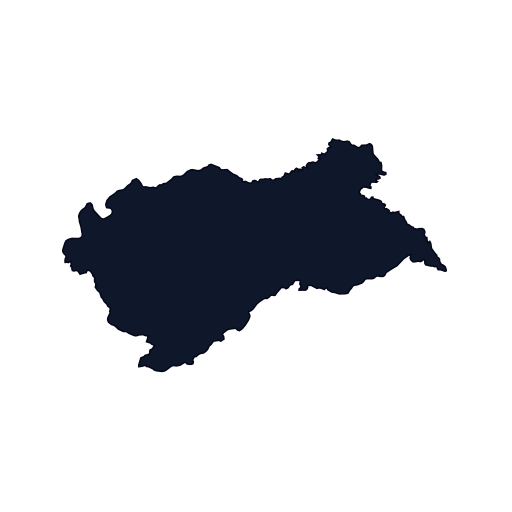 outline of São Gonçalo do Abaeté, Minas Gerais, Brazil, rotated 205°
{"feature_id": "56859067B31558780587995", "entity_name": "São Gonçalo do Abaeté", "entity_type": "district", "adm_level": 2, "iso_a3": "BRA", "parent_name": "Brazil", "parent_adm1": "Minas Gerais", "projection": "mercator", "projection_center": [-45.579, -18.177], "detail": "fine", "context": "isolated", "style": "filled", "palette": "ink", "viewbox_px": 512, "rotation_deg": 205, "n_neighbors": 0, "source": "geoboundaries", "source_scale": "gbopen_adm2", "svg_char_len": 6150}
<svg xmlns="http://www.w3.org/2000/svg" viewBox="0 0 512 512"><g transform="rotate(205 256 256)"><path d="M315.4,106.1L312.6,108.0L310.3,110.1L308.5,109.6L306.8,110.2L301.6,110.2L299.9,109.6L298.2,109.8L292.4,111.6L290.6,112.9L289.5,114.1L286.2,120.4L284.7,121.8L281.6,122.8L278.6,125.0L275.8,129.3L274.4,129.7L272.8,129.0L270.9,129.5L268.5,130.7L267.6,131.9L268.0,133.6L269.5,134.9L269.4,138.6L267.8,139.5L266.6,142.3L265.3,144.0L262.9,145.7L261.9,146.9L261.0,148.9L260.4,150.8L260.4,154.7L259.4,156.6L258.6,160.8L254.6,163.5L253.5,164.0L251.9,163.9L249.9,167.2L251.4,169.5L253.4,170.7L253.0,172.8L250.9,176.8L249.5,178.3L244.3,181.7L243.0,181.7L241.5,181.1L239.6,181.2L238.7,182.5L237.7,184.5L236.5,189.0L235.8,194.7L235.9,197.8L236.3,199.3L239.4,202.3L237.5,204.2L236.8,205.6L236.2,207.1L235.0,212.9L233.5,216.2L230.9,220.5L229.8,221.5L228.0,222.2L226.7,224.4L226.1,226.6L224.4,227.6L223.0,227.8L221.9,228.8L221.9,230.6L219.6,238.3L216.6,239.3L215.0,239.0L213.6,240.6L213.2,242.2L213.3,243.6L210.9,245.8L210.5,250.1L207.3,251.9L205.6,252.3L204.9,251.2L204.7,249.9L204.1,248.7L202.8,248.1L202.1,246.2L203.0,244.6L202.6,243.2L196.5,246.1L195.8,247.6L195.9,249.4L197.1,250.4L195.7,251.6L193.8,252.7L187.1,252.4L185.7,253.5L183.8,254.3L179.9,254.5L179.3,256.4L178.0,256.9L176.7,255.8L172.5,255.3L168.7,256.3L164.5,256.8L159.2,259.5L157.0,261.1L156.5,265.6L155.9,266.8L155.7,269.0L154.9,270.8L152.0,272.7L148.8,276.1L148.0,277.5L147.2,281.2L146.0,282.2L140.9,284.6L139.5,286.1L138.9,287.8L137.9,289.1L134.4,290.1L132.3,291.1L131.2,292.7L131.0,296.6L130.0,297.5L129.2,299.2L124.1,306.8L121.0,316.0L118.1,321.0L116.5,322.7L115.8,321.0L115.4,319.1L113.5,317.7L111.7,317.1L110.1,317.5L106.6,320.0L104.7,320.3L103.3,322.0L102.4,324.0L101.0,323.2L100.2,321.1L98.6,319.7L93.2,320.8L91.3,321.7L89.5,321.8L88.4,322.6L87.0,322.6L86.3,321.3L85.1,320.6L82.3,321.7L78.2,322.0L77.3,323.0L78.0,324.2L80.1,326.3L82.9,326.9L84.3,326.6L87.3,328.7L88.3,330.6L89.6,331.4L91.7,331.7L92.5,333.1L95.1,334.2L100.1,337.0L103.1,341.5L104.7,342.7L105.6,340.9L107.3,342.1L109.0,345.0L110.2,344.4L112.9,346.8L112.7,348.1L113.5,349.7L115.3,351.1L117.0,351.1L119.8,349.7L121.5,348.3L124.7,347.7L125.8,348.5L127.1,348.2L130.8,348.9L132.6,348.7L134.3,350.4L136.4,351.6L138.9,354.2L140.5,353.5L141.6,354.3L144.5,354.9L145.4,356.7L148.8,353.9L150.7,353.5L151.6,352.1L154.4,352.3L154.6,353.6L157.7,354.1L159.1,353.1L160.2,353.5L160.3,356.9L161.8,357.4L163.8,356.7L165.8,358.5L168.0,358.6L174.2,357.5L174.9,358.8L176.2,358.1L176.2,356.4L177.0,355.1L178.8,354.5L180.5,355.2L182.0,354.4L183.1,356.1L184.4,356.1L185.8,355.6L187.2,355.7L188.1,356.7L189.4,357.0L189.5,360.7L188.6,362.2L188.0,363.9L184.9,365.0L182.7,365.2L180.5,365.8L180.9,367.1L182.6,367.8L182.9,371.3L181.5,372.4L177.9,373.7L177.3,374.9L179.0,375.0L179.3,376.6L177.4,377.7L176.5,379.0L177.6,380.2L181.2,380.3L180.3,381.5L179.1,382.5L174.1,383.5L172.8,385.1L173.7,386.5L174.8,386.1L177.0,386.0L178.4,386.5L180.3,391.0L182.3,393.6L183.6,392.9L186.2,395.0L192.0,397.4L193.4,398.5L196.9,404.6L198.1,405.5L199.4,405.9L200.7,405.7L202.6,403.3L207.0,401.0L208.0,398.0L209.7,397.3L213.9,397.8L215.7,397.0L217.3,397.4L220.0,399.0L221.7,398.7L224.6,396.7L227.8,396.0L229.2,396.3L232.5,394.7L236.1,394.4L236.2,390.9L237.6,389.4L237.2,387.8L234.3,386.8L236.0,384.8L236.7,383.2L235.4,381.9L235.6,379.8L236.7,378.1L236.5,376.6L238.1,377.1L239.9,376.9L239.6,375.3L243.1,373.6L241.0,372.8L240.8,370.6L239.0,370.9L240.6,366.4L242.1,365.4L243.6,365.4L244.9,364.7L245.9,363.6L247.4,363.0L248.2,361.7L248.6,359.4L246.9,357.5L250.6,356.9L251.5,355.4L250.0,354.1L251.5,353.3L252.9,353.3L253.1,351.5L254.6,352.6L256.5,352.6L257.3,350.6L256.9,348.7L258.6,348.8L259.6,348.1L260.4,344.2L264.5,343.6L264.4,340.0L265.4,338.8L265.8,336.8L267.5,336.3L270.8,334.3L271.7,332.3L273.7,331.5L275.7,332.1L277.6,330.8L280.5,329.7L282.0,328.4L283.9,327.7L284.8,326.7L284.9,324.9L285.8,323.5L287.6,324.1L289.3,323.9L290.7,322.6L290.7,320.5L291.9,319.6L293.7,319.1L297.1,319.2L298.8,317.9L300.1,318.1L300.7,319.8L302.5,320.0L304.5,319.8L307.5,320.7L311.3,320.5L316.6,321.5L318.5,322.2L322.8,319.8L324.5,319.4L326.7,320.6L335.4,320.1L337.0,318.7L337.4,316.6L340.7,313.6L342.3,310.5L343.8,309.3L345.2,308.6L350.0,307.4L351.3,306.7L354.0,303.5L355.5,299.4L356.5,297.6L358.2,296.1L361.7,294.7L364.0,292.9L365.0,289.6L367.5,284.8L368.6,283.4L369.9,282.9L370.8,282.0L371.5,280.5L373.3,279.8L374.2,278.3L375.1,275.6L376.5,275.0L378.0,275.0L380.6,273.2L385.4,272.0L387.1,270.9L388.9,271.5L390.8,273.1L394.4,275.0L397.1,275.5L399.9,272.4L399.9,270.1L400.2,268.5L401.9,265.7L403.5,261.1L404.7,259.6L408.1,257.2L409.1,256.1L410.3,252.9L413.4,247.8L414.5,243.5L414.1,239.9L413.4,238.4L411.8,236.7L408.3,237.8L406.6,237.5L405.2,236.0L404.5,234.2L404.6,232.9L405.1,231.4L407.1,228.3L409.5,225.2L411.2,224.7L412.8,224.8L422.0,228.6L423.8,230.0L426.1,233.1L428.4,234.1L429.9,233.2L431.1,231.9L431.2,227.8L433.1,224.3L433.7,222.4L433.9,220.5L433.8,218.3L433.1,216.3L432.1,215.3L430.5,212.5L427.0,208.6L422.7,202.4L422.1,200.9L422.1,199.4L423.1,197.8L424.5,196.7L430.4,194.1L432.7,192.1L433.9,190.6L434.6,189.3L434.7,187.4L433.8,180.3L433.0,178.4L431.4,177.1L428.4,176.0L427.7,174.8L427.7,172.8L427.2,171.1L426.3,169.5L424.8,170.4L423.1,170.8L422.1,172.8L420.7,171.6L419.9,170.3L419.8,168.5L418.0,167.9L417.4,166.5L416.2,165.2L414.4,165.6L412.9,167.0L410.8,167.0L407.8,165.1L404.6,168.0L402.9,169.1L402.9,171.9L400.7,172.4L398.9,171.9L396.2,170.2L395.4,169.0L393.9,168.7L392.9,167.7L391.4,164.4L389.9,163.7L388.9,162.2L388.5,159.8L385.0,157.8L382.2,157.0L378.7,153.2L377.1,152.7L374.4,150.6L370.6,149.2L369.0,147.8L367.0,147.6L365.4,146.2L365.3,144.2L363.9,142.5L364.2,141.2L364.2,137.3L363.4,135.3L361.8,133.7L358.0,132.8L355.9,133.1L353.8,132.9L349.7,131.5L344.3,131.5L342.7,132.3L341.0,132.7L338.4,132.2L333.5,132.4L331.6,132.7L330.0,133.7L328.8,135.0L327.0,135.9L325.6,136.9L322.6,137.1L320.1,137.9L319.5,135.9L319.0,132.0L314.5,132.6L313.4,132.0L310.1,132.3L310.5,130.7L310.5,128.9L311.1,127.4L312.2,126.3L312.1,124.9L311.4,123.7L311.3,122.2L312.1,121.1L314.5,119.1L314.9,117.6L317.3,115.0L316.2,107.5L315.4,106.1Z" fill="#0f172a" stroke="#020617" stroke-width="1.5"/></g></svg>